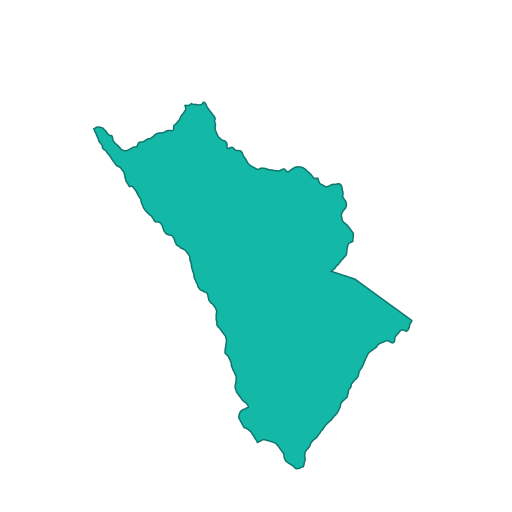 Naranjo, Alajuela, Costa Rica (Robinson projection), rotated 144°
{"feature_id": "36466004B12549595917957", "entity_name": "Naranjo", "entity_type": "district", "adm_level": 2, "iso_a3": "CRI", "parent_name": "Costa Rica", "parent_adm1": "Alajuela", "projection": "robinson", "projection_center": [-84.384, 10.105], "detail": "fine", "context": "isolated", "style": "filled", "palette": "teal", "viewbox_px": 512, "rotation_deg": 144, "n_neighbors": 0, "source": "geoboundaries", "source_scale": "gbopen_adm2", "svg_char_len": 6110}
<svg xmlns="http://www.w3.org/2000/svg" viewBox="0 0 512 512"><g transform="rotate(144 256 256)"><path d="M317.6,386.6L315.3,385.5L314.9,383.6L314.9,377.8L315.3,377.2L315.4,375.0L315.7,374.5L315.9,369.4L317.0,367.5L317.7,365.3L318.1,362.8L318.7,361.4L318.7,356.6L318.3,355.3L318.3,353.9L318.0,353.1L317.9,351.8L317.2,350.3L317.2,346.7L317.5,345.1L317.5,343.3L317.3,342.7L315.4,341.4L314.9,340.6L314.6,340.5L313.8,338.6L314.0,335.8L315.7,330.4L315.6,326.5L314.1,324.2L312.2,322.3L311.9,321.3L311.9,319.9L312.2,317.8L312.8,316.2L313.8,311.8L312.3,308.2L312.3,307.0L312.0,306.7L311.9,306.2L310.7,304.6L310.7,304.0L309.8,302.2L309.7,296.1L310.0,294.4L310.3,293.6L310.8,293.3L312.0,291.1L312.0,290.5L312.5,289.6L313.0,287.2L313.8,286.6L315.5,282.8L315.7,281.9L316.3,280.6L316.4,279.0L316.7,278.7L316.8,278.2L318.3,275.6L319.1,273.9L319.1,272.8L319.8,269.9L320.1,267.2L321.0,265.2L321.0,261.3L320.4,260.6L320.3,260.1L319.5,258.8L318.9,257.3L318.0,256.3L317.6,255.2L317.6,254.1L317.9,252.7L319.0,250.8L319.1,249.6L319.8,248.9L320.1,247.9L320.1,244.5L319.3,242.7L319.4,237.1L320.5,234.1L323.4,231.1L324.2,229.7L325.3,228.5L325.8,227.1L326.2,226.7L326.2,226.2L326.4,225.7L328.2,223.2L328.2,219.8L327.9,219.3L327.9,208.6L328.4,207.7L328.7,206.7L329.7,204.8L334.3,200.0L335.7,198.9L336.4,197.6L337.2,197.0L338.1,195.7L337.8,193.0L337.5,192.6L337.5,190.3L337.8,189.3L337.8,188.1L338.1,187.9L338.3,186.3L338.7,185.3L338.8,184.2L340.3,181.9L340.8,180.4L340.8,179.8L341.6,177.2L341.6,175.5L341.8,175.2L342.4,172.2L342.6,171.9L342.6,170.8L343.8,168.8L345.5,166.7L347.0,165.2L348.1,164.4L350.2,161.9L351.4,158.0L351.7,157.6L351.7,146.8L351.5,146.4L351.2,144.8L350.4,143.4L350.4,138.8L351.2,138.0L351.6,138.0L352.4,138.5L355.3,138.8L356.7,139.4L359.7,139.4L362.2,138.1L363.8,136.7L364.7,135.3L365.1,135.1L366.4,125.0L366.4,124.1L365.3,122.5L364.5,120.9L363.5,116.9L363.7,111.2L364.0,109.9L364.0,105.9L364.3,105.3L364.5,104.3L357.8,103.2L353.0,97.3L350.7,94.0L350.2,92.5L349.8,89.6L349.8,80.3L350.3,78.6L351.2,77.3L352.0,75.2L352.4,72.8L351.3,68.8L350.5,67.3L350.1,65.8L349.5,64.6L349.0,61.2L348.2,60.0L346.9,59.3L345.4,58.7L342.5,58.2L341.7,57.8L340.8,58.2L338.3,60.5L335.9,62.3L333.8,66.0L331.6,68.3L329.9,69.2L327.0,69.7L324.7,70.4L321.9,72.2L319.3,73.1L317.3,73.4L313.4,73.5L310.0,74.8L308.0,75.3L306.5,76.1L304.0,76.4L301.2,77.6L299.4,78.2L293.7,79.0L291.5,79.1L287.3,80.4L284.7,80.7L282.7,81.3L280.4,82.3L277.5,83.9L276.0,85.0L274.5,86.5L273.9,86.8L271.8,87.5L265.2,88.3L263.3,90.1L261.9,90.9L259.7,93.2L259.2,93.5L257.0,93.9L256.6,94.1L255.5,94.9L254.5,96.2L249.0,97.7L247.1,97.7L244.8,98.4L242.5,99.9L241.7,100.9L240.9,101.5L239.2,102.4L235.8,103.7L233.0,105.1L229.5,107.5L229.1,107.5L228.7,107.9L222.2,111.3L221.6,111.5L211.9,111.5L209.6,112.5L208.0,112.5L205.2,112.0L202.7,111.3L200.3,110.9L198.9,109.8L198.5,108.6L198.1,108.0L198.0,107.7L196.8,105.5L196.3,105.3L194.4,105.3L191.9,107.9L190.6,108.9L188.2,109.6L187.2,109.6L183.1,110.7L181.8,110.7L181.2,110.5L180.7,109.7L179.4,108.3L179.4,108.0L178.6,106.7L176.7,106.7L174.9,107.6L174.5,108.0L174.2,108.0L171.6,110.4L169.0,111.3L168.0,112.0L167.9,112.4L189.6,179.2L204.2,199.5L200.0,199.5L196.4,200.8L194.1,200.8L192.6,201.5L191.9,201.5L189.8,202.2L185.8,203.0L184.9,203.4L183.6,203.4L182.2,203.9L181.0,205.0L179.3,207.1L176.9,209.3L176.5,209.9L176.2,209.9L175.6,210.6L173.5,211.7L171.3,211.5L170.5,211.0L168.9,211.0L168.2,212.3L166.3,214.1L163.9,217.1L164.0,227.2L164.5,228.7L164.7,230.1L165.3,231.7L165.3,233.2L165.2,234.2L164.4,235.7L163.6,237.9L162.9,238.9L162.9,239.2L161.7,240.1L160.8,240.3L159.5,241.2L155.8,242.0L154.0,243.0L152.7,244.3L151.9,245.8L151.3,247.5L151.2,252.8L150.8,253.2L150.8,253.6L149.6,254.4L148.4,256.2L147.4,258.3L147.4,258.6L146.3,260.6L145.6,262.8L145.6,264.6L147.1,266.3L147.9,266.6L148.5,266.6L150.4,267.7L150.4,268.0L151.0,268.2L151.4,268.6L153.1,269.3L156.3,269.7L156.8,270.1L157.7,270.2L159.1,271.3L160.3,274.1L160.6,275.0L161.3,275.7L161.8,277.5L160.3,282.8L161.2,283.1L162.6,284.1L163.5,285.0L163.6,289.7L164.0,290.9L164.0,292.0L164.9,295.3L165.0,297.1L165.5,297.9L165.9,299.4L167.2,301.4L170.1,303.8L171.2,304.4L172.8,304.9L174.7,305.1L180.2,305.1L181.2,305.5L181.7,308.2L181.7,309.3L182.3,310.1L184.6,310.9L186.2,310.9L187.8,311.6L191.5,314.8L192.3,316.1L192.6,316.2L195.3,318.8L196.8,321.1L199.6,323.7L200.0,323.7L200.3,324.1L202.5,324.5L203.4,324.8L204.5,326.1L205.4,328.4L206.0,329.2L206.3,330.4L207.2,331.8L207.3,332.5L207.9,334.5L207.9,337.0L207.4,339.5L207.4,344.6L206.5,347.6L206.5,349.4L207.1,350.6L210.1,353.1L210.7,354.7L210.9,357.1L211.5,358.0L212.9,358.7L215.3,359.3L215.9,359.8L215.9,360.2L215.0,362.0L213.7,363.4L213.3,364.9L213.3,366.7L214.1,368.2L215.4,369.6L216.0,372.8L216.5,373.9L215.6,379.0L214.7,382.2L213.6,383.9L211.3,386.4L211.0,387.2L211.0,388.1L210.0,389.8L208.6,390.8L208.1,391.5L207.8,392.8L208.1,405.1L207.3,408.5L207.3,410.4L207.9,411.2L208.4,411.3L209.7,410.7L211.4,410.7L212.2,411.1L213.5,411.8L215.7,414.1L217.3,415.2L217.9,415.8L218.7,417.3L221.4,417.1L223.8,418.6L224.4,419.4L225.0,419.5L225.4,418.6L225.8,417.0L227.3,415.5L231.0,414.2L233.8,413.5L238.4,411.0L239.5,410.9L242.3,410.1L245.6,409.8L246.7,409.0L248.3,406.6L249.9,406.5L250.6,406.9L252.5,408.7L255.1,409.9L257.2,409.9L258.4,410.4L259.2,410.6L261.6,412.2L263.8,413.2L266.4,413.5L267.6,413.2L272.3,413.1L273.8,413.7L274.4,414.3L280.3,414.8L282.5,415.9L283.1,416.6L284.9,416.4L287.0,415.2L287.3,414.8L288.7,414.6L291.1,416.1L298.2,417.0L300.3,418.2L302.0,420.4L302.5,421.8L302.6,425.5L303.7,430.0L303.8,433.0L303.7,433.7L302.4,436.3L302.0,438.2L303.1,439.0L303.7,440.0L304.1,441.5L304.1,445.9L304.5,447.4L304.7,449.6L305.8,450.8L306.6,452.2L308.1,453.1L308.8,453.8L312.5,454.2L312.7,452.8L313.3,450.7L313.3,449.6L314.0,447.4L314.0,446.7L314.2,446.4L314.6,444.0L315.6,441.0L315.4,436.0L315.8,434.8L316.5,434.1L316.7,433.4L316.4,431.4L315.7,429.9L315.7,426.3L315.4,423.5L315.7,418.7L315.7,411.2L314.4,408.5L313.7,407.5L313.7,401.3L313.8,400.5L314.5,399.5L314.5,398.7L315.7,396.8L315.8,396.0L316.3,395.4L316.8,393.8L316.9,393.0L317.2,392.5L317.3,389.0L317.6,388.2L317.6,386.6Z" fill="#14b8a6" stroke="#0f766e" stroke-width="1.5"/></g></svg>